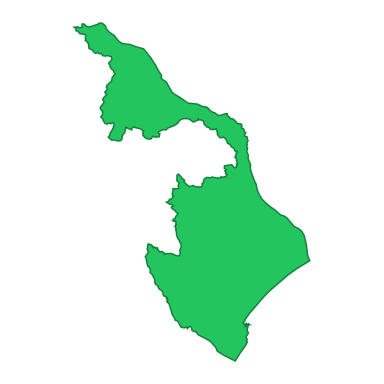 Timaru District, Canterbury, New Zealand
{"feature_id": "76426892B42496743885166", "entity_name": "Timaru District", "entity_type": "district", "adm_level": 2, "iso_a3": "NZL", "parent_name": "New Zealand", "parent_adm1": "Canterbury", "projection": "natural_earth1", "projection_center": [171.008, -43.976], "detail": "fine", "context": "isolated", "style": "filled", "palette": "green", "viewbox_px": 384, "rotation_deg": 0, "n_neighbors": 0, "source": "geoboundaries", "source_scale": "gbopen_adm2", "svg_char_len": 5980}
<svg xmlns="http://www.w3.org/2000/svg" viewBox="0 0 384 384"><path d="M78.0,26.9L74.2,27.2L75.8,28.4L76.1,30.8L78.3,31.6L79.7,33.6L85.0,34.6L85.8,35.3L85.9,36.2L85.2,37.8L85.6,39.2L85.3,40.7L87.6,42.0L87.6,42.7L88.5,43.5L88.5,45.6L89.1,46.7L88.7,48.0L90.5,49.4L92.2,49.7L93.3,51.6L95.1,53.2L96.1,53.3L97.5,52.3L99.2,53.7L100.3,53.9L100.9,53.4L102.2,54.2L102.4,55.3L103.8,56.0L105.8,56.0L107.1,55.6L111.3,56.5L111.9,59.4L109.7,62.2L109.0,62.5L108.8,63.8L109.7,64.8L110.1,66.9L111.1,68.0L111.3,69.0L112.7,69.8L113.7,71.0L113.7,71.7L114.8,73.8L114.7,74.8L113.9,75.2L113.6,76.1L112.6,76.9L112.1,78.0L111.8,80.0L110.8,81.8L107.1,85.0L106.3,87.3L107.4,88.8L106.9,90.2L105.7,91.1L104.8,92.4L106.6,94.5L102.6,99.0L104.0,102.0L103.9,102.7L100.5,106.9L100.2,108.4L101.5,110.5L102.8,111.4L102.3,112.6L102.7,113.6L102.3,114.9L100.8,116.6L103.0,119.4L103.0,120.1L104.7,123.1L106.7,124.2L109.4,123.0L110.5,123.8L112.5,122.6L114.0,123.9L113.9,125.6L112.9,128.6L112.0,129.9L111.8,131.0L110.4,132.4L109.7,135.3L108.3,137.0L110.5,139.3L111.9,140.2L114.0,139.8L117.1,140.9L120.5,140.8L122.0,139.2L122.3,135.5L124.3,133.2L124.9,132.0L125.3,129.5L126.0,128.2L125.6,127.9L125.7,127.3L131.6,129.9L131.8,128.9L132.7,127.7L134.2,126.7L135.3,127.6L140.1,128.7L143.6,130.9L142.8,132.0L142.7,133.2L143.2,134.0L142.9,135.4L145.6,138.1L147.8,139.0L151.0,139.0L152.6,136.5L153.1,136.3L155.8,137.2L159.2,136.8L159.8,133.6L158.9,133.7L158.3,131.9L163.0,129.7L166.0,129.9L167.9,128.1L174.3,125.5L177.0,123.8L180.4,119.8L182.9,118.7L187.4,118.6L189.7,119.3L192.4,121.5L193.6,122.0L197.1,120.4L198.3,118.9L198.5,119.9L200.8,119.9L203.0,120.7L203.7,121.5L204.2,124.5L205.9,125.6L206.5,126.9L208.6,127.2L210.5,129.5L214.9,129.4L216.2,128.7L217.1,131.7L217.7,132.5L217.2,133.7L217.8,135.1L220.0,137.8L223.7,137.3L225.9,139.2L227.8,143.6L229.9,144.2L230.9,146.3L234.1,148.6L234.6,150.4L235.9,151.7L237.1,151.3L236.7,153.2L235.8,154.2L236.1,156.0L234.8,157.1L236.6,158.9L236.4,160.6L237.6,163.6L237.2,164.3L236.4,164.2L236.8,165.8L236.2,166.5L236.2,167.4L234.1,167.7L232.4,165.2L231.2,164.6L230.0,165.2L228.5,165.1L224.5,165.8L224.3,168.4L226.5,169.7L224.8,170.9L225.8,172.3L225.5,173.7L227.1,174.7L225.8,176.4L223.2,177.2L221.4,176.8L221.2,177.4L220.5,177.3L220.1,177.9L219.3,178.0L216.8,178.0L212.4,177.1L211.6,177.1L211.0,177.8L207.1,177.4L205.7,177.9L204.0,179.4L203.0,183.1L201.9,184.0L202.3,185.2L202.1,186.3L200.6,187.1L198.2,187.0L197.8,186.6L196.1,187.1L193.0,185.4L192.2,186.0L188.9,186.4L183.8,181.9L184.7,180.6L183.5,179.1L182.8,178.9L181.6,177.8L181.4,177.0L178.7,174.1L177.0,175.1L176.9,180.7L179.4,183.0L178.0,185.7L179.0,187.5L178.8,188.2L176.5,188.8L173.0,188.7L173.0,191.1L172.2,193.6L172.6,195.8L173.6,196.2L172.8,196.9L172.8,197.5L171.9,198.5L169.3,199.7L168.7,201.1L166.5,202.2L170.0,204.3L170.8,203.9L172.9,205.5L173.2,205.9L171.3,207.1L172.1,208.7L174.5,210.1L176.2,212.2L178.0,213.3L175.5,217.0L174.9,218.9L173.6,219.1L173.5,219.7L172.6,220.4L173.7,221.4L175.2,220.9L175.7,221.4L176.1,223.3L175.9,223.7L176.3,224.4L175.7,224.7L175.8,225.4L174.8,226.4L175.9,227.6L175.7,228.7L176.3,229.3L175.8,230.4L176.4,231.2L176.1,232.0L176.6,232.5L176.5,235.0L178.1,239.0L179.5,240.6L179.4,241.7L180.7,243.3L181.4,246.8L179.7,250.4L180.3,252.7L179.8,254.5L179.1,255.9L175.8,255.5L171.5,253.5L165.8,253.7L164.2,254.3L164.0,252.9L162.2,251.5L160.2,251.9L159.8,251.4L158.7,251.3L158.4,250.0L157.6,249.7L157.8,249.0L157.4,247.8L155.5,248.0L154.3,246.9L153.3,247.6L153.3,247.0L152.2,246.7L152.2,245.7L151.5,244.9L149.9,244.6L149.2,243.9L147.9,244.3L147.2,249.0L148.4,252.2L145.3,256.7L146.3,259.0L146.6,261.6L147.8,266.3L149.2,267.3L150.4,270.0L150.0,271.7L150.2,272.8L152.4,274.6L153.0,275.5L153.1,276.8L154.4,278.5L155.2,283.9L157.5,285.7L159.3,289.2L160.7,289.8L162.6,291.8L163.0,292.8L163.1,294.6L163.7,295.9L165.8,296.5L167.5,298.3L167.2,299.1L166.9,299.0L167.5,299.9L167.2,300.5L167.8,300.5L167.5,301.6L167.0,301.7L169.0,303.9L169.9,305.8L170.2,307.8L171.7,312.3L171.7,313.5L175.1,319.2L175.1,320.2L177.1,320.8L178.2,321.9L180.9,327.0L184.1,327.9L186.9,327.1L187.3,327.3L187.4,328.5L189.9,326.3L190.5,326.3L191.8,328.3L191.8,330.0L192.1,330.5L194.6,331.7L196.1,331.6L197.3,333.8L198.7,335.1L204.6,338.0L210.5,341.5L215.7,347.3L217.3,351.2L224.4,355.6L235.3,361.0L240.0,353.2L245.6,345.4L246.5,343.2L247.3,342.4L246.8,341.4L247.1,338.8L246.1,337.9L246.0,337.1L248.2,333.4L248.4,332.4L247.4,331.6L247.2,329.4L248.0,326.3L248.9,324.5L249.5,324.5L248.6,323.9L248.5,324.4L248.8,324.6L248.4,325.1L248.1,324.7L247.1,325.9L247.0,325.1L246.9,325.9L246.0,326.6L245.7,326.3L246.2,325.8L245.6,326.2L246.0,325.6L245.4,325.9L246.4,324.3L246.5,324.3L247.0,324.7L246.6,324.2L246.4,324.2L246.7,323.6L247.4,324.0L246.2,323.3L245.5,324.8L244.7,324.5L243.5,324.0L243.7,323.3L243.1,322.6L244.8,321.1L245.1,319.7L249.0,314.0L264.3,296.2L270.5,290.0L288.6,274.5L296.8,268.6L309.8,260.7L307.8,256.2L306.3,244.5L304.2,235.6L302.0,231.7L300.8,230.3L297.6,228.1L294.2,226.5L286.7,217.7L284.3,216.1L280.3,214.8L276.8,211.5L267.3,204.4L262.6,199.8L259.6,195.2L257.3,190.2L256.2,184.3L254.4,180.7L251.0,171.4L250.3,168.0L250.6,164.9L248.0,158.3L248.4,155.4L246.8,151.8L247.6,147.9L246.5,146.6L247.3,144.8L246.9,143.0L248.1,140.4L247.0,139.2L247.4,137.1L244.6,136.0L244.5,134.8L245.8,132.7L244.4,131.9L244.1,129.8L243.4,128.7L241.5,127.9L241.3,127.4L242.0,126.0L241.4,124.3L240.4,123.7L237.4,123.6L236.7,122.4L235.6,121.7L235.1,120.7L233.3,119.3L232.3,118.7L230.3,118.7L229.7,117.4L227.2,115.4L227.4,114.1L227.1,113.6L225.4,113.7L219.5,115.6L217.8,115.2L214.8,112.9L211.2,111.5L207.0,107.2L202.4,106.5L197.5,104.1L188.0,103.1L179.4,97.1L173.9,93.9L171.9,92.0L166.2,81.8L162.6,79.6L161.3,78.1L161.0,77.5L161.7,75.9L161.5,75.3L158.6,71.0L155.5,65.1L150.5,57.4L143.6,48.8L136.1,46.8L129.9,44.4L123.3,43.8L120.4,42.5L118.2,40.7L114.3,35.6L108.7,31.7L106.2,28.6L105.4,25.9L102.1,23.1L99.7,23.0L97.1,24.5L89.5,27.0L86.4,26.3L84.1,24.1L82.3,23.9L81.9,24.2L82.2,27.2L79.1,27.8L78.0,26.9Z" fill="#22c55e" stroke="#15803d" stroke-width="1.5"/></svg>